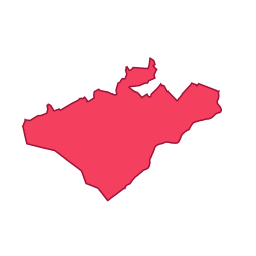 Gailīšu pag., Bauska, Latvia, rotated 64°
{"feature_id": "27541924B16682413178254", "entity_name": "Gailīšu pag.", "entity_type": "district", "adm_level": 2, "iso_a3": "LVA", "parent_name": "Latvia", "parent_adm1": "Bauska", "projection": "mercator", "projection_center": [24.195, 56.322], "detail": "fine", "context": "isolated", "style": "filled", "palette": "rose", "viewbox_px": 256, "rotation_deg": 64, "n_neighbors": 0, "source": "geoboundaries", "source_scale": "gbopen_adm2", "svg_char_len": 5131}
<svg xmlns="http://www.w3.org/2000/svg" viewBox="0 0 256 256"><g transform="rotate(64 128 128)"><path d="M134.8,30.2L134.7,30.7L133.4,31.9L133.3,32.0L133.0,32.3L132.8,32.3L130.9,34.1L126.9,37.8L126.5,38.2L126.4,38.3L126.0,38.6L124.8,39.8L122.1,42.3L121.9,42.5L120.3,44.0L119.8,44.5L119.1,45.2L119.5,45.8L120.3,47.5L120.2,47.6L119.6,48.1L119.3,47.6L118.7,48.1L115.6,51.0L117.3,53.6L117.2,54.2L117.3,54.3L117.8,55.6L118.5,57.3L118.9,58.5L119.6,60.1L120.0,61.2L120.5,62.5L120.6,62.9L121.3,64.3L121.5,64.5L122.0,65.2L122.2,65.6L122.6,66.3L123.7,68.8L123.9,69.6L124.8,70.7L125.1,71.9L119.1,73.9L117.8,74.3L117.7,74.4L115.7,75.0L114.6,75.3L113.1,75.9L112.5,75.9L112.5,76.7L112.4,77.0L111.1,76.9L110.6,76.9L110.4,76.9L108.8,77.1L106.1,77.1L104.8,78.1L104.9,79.1L102.7,79.3L104.1,81.8L104.5,82.7L106.1,86.6L106.1,87.1L106.4,87.9L106.8,89.3L107.1,90.1L107.5,91.3L107.8,92.3L109.6,93.7L109.6,93.8L109.7,94.4L109.7,94.6L109.8,95.1L108.5,95.8L108.3,95.9L108.1,96.0L105.9,96.1L106.5,101.3L106.7,102.2L105.5,102.5L103.2,103.1L102.9,103.1L102.7,103.2L102.6,103.3L101.1,103.7L99.5,104.7L98.0,106.1L98.1,106.3L95.1,107.8L92.3,109.1L92.0,109.2L91.6,109.3L91.4,109.3L91.2,109.3L91.3,109.3L91.3,109.1L91.9,107.5L92.9,104.8L93.7,102.5L94.8,99.2L94.9,97.9L94.9,97.1L94.9,95.9L94.9,95.7L95.0,95.1L95.0,94.5L95.1,94.0L95.2,92.7L95.9,91.3L96.0,91.2L95.9,91.0L95.8,90.4L95.6,89.8L94.7,89.0L94.6,88.9L94.9,82.0L94.9,81.9L92.3,81.6L92.1,81.6L91.9,81.5L91.3,80.8L90.6,80.0L90.0,79.3L89.1,78.2L88.8,77.9L88.0,76.6L87.9,76.6L86.5,77.2L86.1,77.4L85.7,77.5L84.4,77.7L83.0,78.0L82.8,76.0L79.6,75.4L79.1,75.4L78.1,75.6L75.0,77.5L74.9,77.6L78.4,79.9L78.8,80.1L79.2,80.4L80.2,81.1L80.9,81.5L81.1,81.7L83.3,84.1L80.2,89.5L78.6,92.3L78.1,93.1L75.9,96.8L76.9,99.1L77.1,99.9L76.8,101.6L72.5,102.1L72.5,102.4L72.5,102.9L72.6,103.1L72.8,103.2L73.0,103.3L74.2,103.5L74.3,103.6L74.4,103.8L74.5,104.1L74.7,104.6L74.8,104.7L74.9,104.8L75.1,104.9L75.5,104.9L76.2,105.0L78.4,105.4L78.7,105.5L79.0,105.6L79.4,105.8L79.7,106.0L80.2,106.6L80.7,107.2L81.7,108.3L82.1,108.7L82.3,109.0L82.4,109.3L82.4,109.5L81.4,111.0L81.2,111.4L81.2,111.7L81.3,111.9L81.8,112.9L83.0,114.7L83.2,115.0L83.3,116.5L83.4,117.4L83.6,117.6L87.6,121.1L88.2,121.7L88.8,122.1L89.1,122.3L91.6,123.0L92.8,123.4L92.7,125.2L92.2,125.7L91.3,126.6L91.1,126.8L90.4,127.1L89.8,128.1L86.7,130.5L85.0,132.9L82.1,136.7L80.4,137.3L80.5,140.4L80.6,142.3L80.7,142.5L81.6,143.1L82.8,143.9L83.1,144.1L84.2,144.6L86.0,145.2L86.4,147.9L86.7,151.0L86.8,152.1L86.3,153.3L85.8,152.8L85.7,152.7L85.2,152.7L82.5,153.2L81.3,153.4L81.8,155.9L81.4,156.3L81.0,156.7L81.0,156.8L80.8,157.1L80.7,157.6L80.5,158.0L80.4,158.5L81.2,160.6L81.3,165.5L81.2,165.7L81.2,165.8L81.4,168.9L81.7,172.2L81.8,173.6L82.2,178.4L82.4,181.2L80.8,181.6L80.6,183.6L80.5,184.8L80.2,187.0L79.2,187.2L78.1,187.2L77.0,187.3L76.0,187.4L74.8,187.5L74.0,187.6L73.8,187.7L73.5,187.9L72.6,188.5L71.9,189.0L71.7,189.2L71.7,189.3L72.2,189.9L72.3,190.1L72.2,190.8L72.3,190.8L74.5,191.5L76.1,192.0L76.3,192.2L76.5,192.3L78.0,193.6L79.1,194.5L79.0,195.7L79.0,196.0L79.0,196.3L78.9,197.4L78.8,198.5L78.5,200.9L78.4,201.4L78.2,201.8L77.5,203.4L77.5,203.6L77.5,204.1L77.7,206.6L77.9,208.9L78.3,212.6L78.3,212.8L78.0,213.2L78.0,213.3L76.9,214.9L76.5,215.6L76.4,215.8L75.4,216.7L75.8,216.8L78.1,219.2L79.0,220.2L80.5,222.0L80.9,221.9L81.0,221.9L85.1,222.8L86.0,223.1L90.3,224.1L92.3,224.6L94.1,225.0L97.8,225.8L103.2,219.4L109.6,211.8L109.7,211.6L110.4,210.8L110.7,210.4L110.8,210.2L116.3,203.6L124.1,199.7L127.5,198.0L129.5,197.1L132.6,195.5L133.9,194.8L134.6,194.5L136.2,193.6L142.4,190.4L146.2,188.6L146.4,188.5L146.7,188.7L147.4,188.7L147.5,188.7L159.5,190.0L159.6,189.9L159.8,189.7L163.5,186.2L167.3,182.8L168.4,181.7L168.7,181.4L168.8,181.4L169.6,181.2L170.3,181.0L171.4,180.8L173.7,180.3L175.3,179.9L178.0,179.4L179.8,179.0L184.3,178.1L184.3,177.5L184.2,177.3L184.0,176.4L183.8,175.3L183.6,174.8L182.7,169.9L182.2,167.1L180.9,160.6L180.4,157.9L181.0,157.4L180.0,156.5L179.8,156.0L179.5,155.7L179.0,154.9L178.8,154.1L178.8,153.5L178.9,151.0L178.5,149.8L176.8,147.0L175.2,143.1L174.8,141.2L174.7,140.0L174.2,138.9L173.8,136.9L173.3,134.8L172.7,132.7L172.9,130.1L172.9,128.6L172.8,127.7L171.6,125.7L170.3,124.8L169.4,123.9L168.5,123.3L167.4,123.1L165.5,122.0L165.1,121.3L164.4,120.4L163.5,119.3L161.8,117.5L161.0,116.4L158.6,113.8L158.0,113.3L157.3,112.6L156.8,111.8L156.5,111.0L156.1,109.6L156.1,108.2L156.2,107.1L156.6,105.4L156.8,104.5L157.0,103.3L157.1,100.7L157.6,99.3L158.4,98.1L159.2,97.0L159.9,96.1L161.1,94.5L161.5,93.5L162.4,92.0L163.1,89.9L162.4,88.0L160.7,85.8L159.6,84.5L158.8,84.0L158.1,83.0L157.5,82.1L156.9,80.1L156.3,77.7L156.1,76.2L156.1,75.3L156.2,74.5L155.9,73.4L155.1,72.3L153.8,70.6L153.0,69.2L152.2,67.7L152.0,66.6L152.0,65.1L152.9,59.9L153.6,57.4L154.1,54.8L154.0,54.5L154.4,53.5L155.2,51.5L155.4,48.7L155.0,46.7L154.8,46.1L154.5,45.3L153.9,43.4L153.8,42.3L153.8,41.4L154.3,38.5L154.0,37.5L153.0,36.4L152.4,36.1L151.0,35.9L149.1,36.0L148.2,36.1L146.0,36.7L145.4,36.8L143.8,36.5L142.5,35.6L141.4,34.0L141.0,33.8L140.6,33.5L140.1,33.0L138.1,31.9L137.7,31.8L137.0,31.7L135.9,31.2L134.8,30.2Z" fill="#f43f5e" stroke="#9f1239" stroke-width="1.5"/></g></svg>